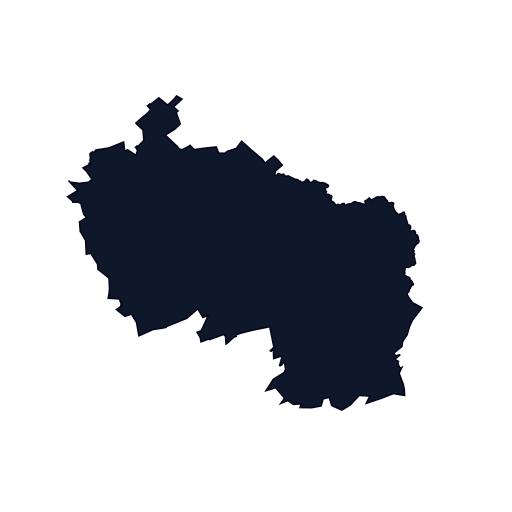 Sekhukhune, Limpopo, South Africa, rotated 70°
{"feature_id": "47623444B21298621424908", "entity_name": "Sekhukhune", "entity_type": "district", "adm_level": 2, "iso_a3": "ZAF", "parent_name": "South Africa", "parent_adm1": "Limpopo", "projection": "equal_earth", "projection_center": [29.807, -24.813], "detail": "fine", "context": "isolated", "style": "filled", "palette": "ink", "viewbox_px": 512, "rotation_deg": 70, "n_neighbors": 0, "source": "geoboundaries", "source_scale": "gbopen_adm2", "svg_char_len": 6124}
<svg xmlns="http://www.w3.org/2000/svg" viewBox="0 0 512 512"><g transform="rotate(70 256 256)"><path d="M173.0,202.7L168.1,205.1L171.8,215.7L167.1,217.0L154.3,224.4L143.2,230.2L148.1,237.7L147.8,247.1L148.8,250.4L147.8,252.5L146.6,255.9L139.9,256.0L137.3,266.3L134.9,277.6L129.4,280.2L130.0,282.4L130.8,289.2L129.0,291.6L126.1,292.5L111.3,299.9L109.2,289.4L106.1,282.0L93.9,281.9L93.1,279.6L87.7,282.4L83.2,271.8L78.4,275.9L80.4,279.2L82.9,284.7L83.8,287.5L74.1,293.2L77.6,303.7L76.8,303.8L77.8,306.7L82.6,304.8L82.5,305.0L84.8,309.3L86.4,314.0L86.9,315.5L89.8,323.1L90.5,322.7L90.7,323.3L98.9,319.1L109.0,321.9L111.9,328.0L112.8,328.7L111.8,330.3L112.5,331.8L113.0,330.9L113.6,331.7L114.3,331.0L115.0,331.6L115.9,331.0L120.3,334.3L112.2,340.4L112.8,343.5L103.6,341.4L104.1,357.5L101.6,370.2L103.4,372.8L102.2,373.7L102.9,376.8L105.2,377.8L106.4,377.6L109.5,379.5L110.2,378.9L111.5,379.6L111.8,381.1L112.9,380.2L114.0,388.5L118.4,386.4L127.9,383.8L128.6,386.2L129.4,387.8L127.3,397.1L123.0,405.3L121.0,406.4L133.5,401.2L135.8,412.8L141.6,409.6L142.7,409.9L144.6,404.7L146.8,402.6L157.9,403.7L161.9,402.0L163.5,410.2L173.0,412.8L173.2,412.6L183.5,410.7L183.4,410.9L196.3,414.9L197.0,410.3L209.5,407.7L214.5,409.1L226.4,401.7L236.8,404.9L242.3,407.7L245.1,409.4L249.6,399.1L254.2,399.1L254.8,398.8L254.7,398.3L254.9,398.3L255.1,398.7L255.3,398.8L255.4,399.2L255.7,399.0L255.9,399.1L256.2,399.9L256.8,399.8L257.1,400.0L257.3,401.2L257.7,402.4L258.1,402.9L258.1,404.2L258.7,404.9L258.7,405.4L268.0,399.7L268.0,393.0L277.6,391.0L291.0,393.4L289.9,377.6L291.6,369.8L292.3,365.0L291.7,365.0L290.9,342.4L285.7,328.8L295.6,326.9L295.6,321.5L300.8,326.4L307.4,333.0L307.5,337.5L313.4,336.3L317.9,337.1L317.9,328.6L318.7,328.3L318.7,313.3L320.8,312.1L328.5,314.3L328.2,312.9L324.7,304.6L324.8,302.1L323.3,302.0L323.3,297.0L324.6,284.5L327.2,267.2L328.5,267.5L347.7,270.4L349.6,273.9L349.5,274.7L349.8,274.9L350.0,274.3L350.5,274.5L350.7,274.2L350.2,273.7L350.2,273.0L349.9,272.3L350.0,271.9L350.4,271.7L351.4,272.2L358.5,274.5L358.8,265.5L367.0,271.3L367.4,270.8L367.5,270.5L367.1,269.6L367.0,268.6L366.6,268.5L366.1,268.9L365.7,268.4L365.9,266.3L365.7,265.6L372.6,267.0L375.1,269.5L377.7,281.9L386.0,292.7L386.4,286.1L386.4,285.3L386.3,285.1L386.5,282.6L399.4,277.8L403.0,283.2L402.8,275.5L408.3,271.6L410.3,264.2L413.5,266.5L417.6,255.7L419.2,246.1L413.3,241.9L413.9,235.5L422.1,236.0L423.4,235.1L430.2,228.0L428.2,218.1L422.3,206.7L426.6,197.0L432.2,202.8L432.6,187.0L432.3,174.0L437.9,164.0L432.0,162.2L427.1,161.5L415.1,161.6L410.5,156.9L410.6,158.2L410.3,158.8L409.6,159.2L407.8,159.2L406.4,159.6L404.7,158.9L403.8,158.1L401.4,160.1L400.7,160.5L400.2,160.6L400.0,160.2L399.6,158.0L398.6,155.5L398.5,155.0L398.3,154.7L398.0,154.9L397.8,155.3L397.7,157.7L397.4,158.5L396.8,159.1L396.2,159.3L395.4,160.0L394.0,158.7L391.0,149.8L386.5,147.4L381.7,140.9L375.1,136.1L369.8,130.9L361.4,117.7L353.3,124.9L346.8,126.7L346.5,126.6L344.9,127.0L344.1,126.9L343.8,127.0L343.4,127.5L343.2,127.4L342.3,125.8L341.9,124.6L341.3,124.1L339.8,123.5L339.2,122.0L338.3,121.6L337.5,120.2L336.9,119.7L336.9,119.4L337.1,118.7L336.9,118.2L336.5,117.8L335.4,117.9L334.6,118.1L333.3,118.1L330.9,119.2L329.0,119.0L328.0,119.9L326.5,121.6L325.6,122.1L325.4,122.6L325.2,123.2L324.8,123.3L324.6,123.2L323.8,122.3L323.5,122.1L322.8,121.9L321.8,122.1L321.1,121.4L320.2,121.0L319.7,120.6L318.9,120.4L318.4,120.0L318.0,119.2L317.9,118.8L318.6,117.1L318.9,116.2L318.8,115.0L318.0,112.9L318.7,111.0L318.6,110.6L317.7,108.9L317.4,108.5L316.8,108.3L315.6,108.4L313.4,107.8L310.3,107.7L309.5,107.2L308.6,106.3L307.7,106.4L306.6,106.7L305.2,105.7L304.0,106.3L303.7,106.2L300.7,102.8L299.5,100.6L299.4,99.6L299.2,99.0L298.0,97.8L297.2,97.6L296.0,97.8L294.6,97.2L291.9,97.1L290.6,98.1L289.3,98.8L289.0,98.7L288.2,98.0L286.5,98.4L285.9,99.2L285.6,102.3L285.3,102.6L284.9,102.7L283.9,102.3L282.3,101.0L280.8,100.6L279.8,100.9L278.7,102.2L277.8,102.6L276.5,102.3L271.6,102.2L270.4,101.7L269.9,101.6L267.6,102.5L267.1,102.4L266.9,101.9L266.7,101.8L266.0,101.7L265.6,101.8L265.3,101.9L265.2,102.6L265.8,104.6L265.7,108.0L265.5,108.4L265.1,108.6L264.4,108.6L263.1,109.4L260.3,110.2L257.3,110.2L255.5,109.8L254.9,109.9L254.7,109.7L254.1,108.7L253.9,108.6L253.1,109.0L252.1,109.9L252.0,112.0L251.4,113.1L250.9,113.9L249.1,113.6L247.0,114.7L244.7,115.1L244.3,115.4L243.8,116.1L243.2,117.2L243.0,118.3L243.1,119.7L243.0,119.9L242.1,120.8L241.9,122.4L241.9,123.0L242.5,124.8L242.3,125.9L242.8,128.6L242.7,128.8L242.2,129.2L241.4,129.2L240.3,129.5L240.2,130.0L241.4,132.7L241.3,134.0L241.5,134.7L242.0,135.1L243.9,135.0L244.3,135.4L244.6,136.1L244.5,136.4L243.4,138.2L241.9,139.9L240.0,143.1L239.0,144.0L238.7,144.5L238.7,146.2L239.0,147.0L239.4,149.0L238.8,151.1L238.6,152.4L238.7,153.0L238.9,153.6L238.8,154.4L238.6,155.1L238.3,155.3L237.0,155.0L236.4,156.4L236.3,156.8L236.7,158.7L236.9,159.3L237.1,159.5L237.2,159.9L236.8,160.3L236.3,160.6L235.5,161.2L235.5,161.9L235.6,163.0L235.4,163.5L235.1,163.8L234.5,164.0L233.4,164.1L232.9,164.4L232.5,164.4L231.2,165.2L230.5,166.0L229.4,166.4L228.8,166.3L228.5,166.0L228.0,165.8L227.0,164.9L226.6,164.7L225.8,164.4L225.1,164.5L224.3,165.7L222.9,166.7L222.4,167.7L222.0,169.0L221.2,169.8L220.3,168.3L219.6,167.7L218.6,168.3L217.6,168.0L216.6,168.4L216.2,168.2L215.9,167.7L215.9,165.4L215.5,164.4L215.1,164.0L214.5,163.8L213.5,164.3L212.6,165.2L211.4,166.1L209.7,168.5L209.5,169.5L209.0,171.0L208.3,171.5L207.5,172.9L206.4,173.5L204.7,175.5L204.7,175.9L205.2,176.7L205.8,178.6L205.7,179.2L205.4,179.6L205.1,180.5L204.6,180.8L204.0,180.5L203.6,180.5L203.2,180.8L202.7,180.8L202.2,181.1L201.3,181.8L201.2,182.5L202.1,183.8L202.7,185.9L202.5,187.3L202.2,188.0L201.8,188.3L201.0,188.5L200.7,188.8L200.6,189.2L200.0,190.1L198.7,190.5L198.3,191.0L198.0,191.7L197.5,192.4L197.4,193.2L197.1,193.8L196.5,193.8L195.9,194.2L194.8,195.5L194.1,195.9L193.4,196.9L191.7,198.2L191.4,200.0L190.8,201.4L190.4,201.6L189.7,201.6L188.8,201.9L188.6,202.0L188.5,202.3L188.5,203.2L187.8,204.8L187.3,205.5L186.4,206.2L186.2,206.8L187.1,209.0L187.1,209.6L186.7,211.1L182.7,208.5L179.6,200.2L173.0,202.7Z" fill="#0f172a" stroke="#020617" stroke-width="1.5"/></g></svg>